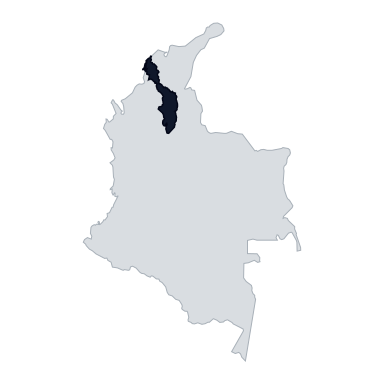 where Bolívar sits in Colombia
{"feature_id": "COL-1413", "entity_name": "Bolívar", "entity_type": "Department", "adm_level": 1, "iso_a3": "COL", "parent_name": "Colombia", "parent_adm1": "", "projection": "robinson", "projection_center": [-74.836, 8.903], "detail": "fine", "context": "in_parent", "style": "filled", "palette": "ink", "viewbox_px": 384, "rotation_deg": 0, "n_neighbors": 0, "source": "natural_earth", "source_scale": "10m", "svg_char_len": 8910}
<svg xmlns="http://www.w3.org/2000/svg" viewBox="0 0 384 384"><path d="M220.8,34.6L217.0,36.4L209.5,38.6L204.3,48.1L200.8,49.8L196.5,55.4L193.3,62.4L190.9,76.6L184.5,88.7L185.0,89.2L187.5,88.7L189.9,87.4L190.8,87.8L191.7,89.9L194.6,90.4L197.0,100.2L201.4,105.2L201.9,107.1L202.5,111.1L200.9,113.6L200.5,122.5L201.8,124.8L205.2,125.7L207.4,131.2L208.8,132.5L210.8,133.4L215.7,132.5L224.5,133.4L226.5,133.3L231.4,131.3L237.7,133.7L242.3,134.1L254.9,150.9L256.2,150.4L257.7,151.4L260.9,149.7L263.7,149.4L267.2,150.3L272.0,150.3L281.5,148.5L282.9,147.6L288.1,148.5L289.7,149.8L290.4,152.9L289.8,154.9L288.0,156.8L287.0,159.3L286.8,162.4L285.9,164.6L284.2,166.1L283.6,168.2L284.0,171.0L283.1,183.7L283.8,184.8L284.4,190.0L286.6,196.7L287.6,198.7L289.5,200.3L292.9,205.8L292.1,207.7L283.5,216.4L283.1,218.4L284.8,217.6L287.4,218.4L288.3,220.5L294.7,226.6L294.6,229.0L296.5,233.5L296.1,234.5L300.6,247.5L300.7,250.3L297.1,251.1L296.9,242.3L296.4,240.5L292.2,232.8L291.3,232.2L288.5,233.1L283.9,238.8L281.7,239.6L280.0,238.8L278.3,235.4L277.1,234.8L276.0,237.7L277.4,240.2L257.0,240.2L253.0,239.1L247.5,240.4L247.5,253.6L257.1,253.8L259.8,257.6L259.6,260.6L260.0,261.7L257.7,262.4L254.3,260.3L248.3,262.8L243.9,263.4L243.6,277.9L246.2,281.5L251.4,285.4L252.1,288.0L251.8,290.5L253.0,293.7L254.7,295.3L254.7,297.2L255.6,299.3L245.4,361.0L241.8,357.2L240.5,353.8L238.7,352.4L235.3,353.5L231.6,351.7L243.5,330.8L243.1,329.0L233.2,323.9L232.2,322.6L227.5,319.8L224.9,320.6L223.4,322.0L219.8,322.4L216.9,320.2L213.4,318.7L209.3,322.3L208.0,322.2L205.1,323.7L201.9,324.3L197.8,322.8L194.5,323.9L192.2,323.6L191.3,322.5L188.3,321.3L188.0,319.9L188.8,317.3L187.6,312.2L187.1,311.3L184.9,311.2L182.2,309.4L181.7,308.3L182.3,306.2L181.8,304.5L179.2,300.4L175.7,299.3L172.2,295.9L168.8,294.8L167.2,292.3L165.7,286.9L162.2,282.6L159.7,281.1L158.9,279.1L156.3,278.9L152.8,276.1L151.3,275.9L150.2,277.2L147.0,275.9L144.3,273.8L141.4,273.3L139.6,272.0L136.2,268.1L132.6,266.2L130.5,266.9L129.7,269.8L128.5,270.3L124.3,269.6L123.7,270.2L122.5,270.1L117.5,267.9L112.4,267.1L111.1,262.2L107.9,260.4L106.9,258.1L104.6,258.4L96.0,253.9L92.4,250.8L89.4,249.1L86.2,245.6L85.7,244.2L83.3,242.2L84.5,239.6L87.4,237.6L91.3,239.1L91.8,236.1L90.4,233.4L91.0,227.3L92.1,225.9L94.2,224.7L95.5,225.2L96.3,224.2L99.5,224.6L100.4,224.2L102.8,221.8L103.9,219.8L105.0,220.0L107.5,216.7L107.1,213.5L109.5,212.7L112.1,207.3L113.1,207.2L113.7,204.6L118.2,195.7L116.6,196.8L114.8,196.2L115.1,193.2L114.6,192.8L113.1,195.1L111.9,192.8L112.2,189.0L110.2,189.7L110.3,188.8L113.2,185.9L114.4,179.4L113.5,177.0L112.9,167.1L112.4,165.3L110.0,162.8L113.8,160.0L115.1,157.9L113.4,153.5L111.2,149.9L111.1,147.7L112.5,147.9L113.0,141.8L111.7,139.4L110.2,139.4L105.2,130.4L103.5,128.5L104.8,124.2L106.3,122.3L106.0,119.0L107.0,119.2L109.1,122.2L110.0,121.7L113.3,118.9L113.4,116.2L116.1,113.5L112.4,104.2L111.1,102.8L112.6,99.8L113.5,100.0L115.0,102.9L117.3,104.8L120.8,109.9L122.3,111.1L121.2,112.2L121.0,113.4L121.5,114.1L123.4,114.3L124.2,112.9L123.7,106.6L122.9,103.5L121.1,101.3L121.6,100.3L125.2,98.8L132.5,92.8L135.1,87.2L137.0,85.2L139.2,83.9L141.8,84.2L143.9,83.5L144.6,81.7L143.2,77.8L144.8,72.5L144.7,69.8L145.7,68.2L145.4,67.6L142.7,69.4L145.5,65.7L147.4,60.0L158.1,49.9L165.0,52.3L167.3,52.1L164.4,53.4L163.9,54.9L164.9,56.4L166.0,56.8L166.9,55.9L169.2,49.9L169.6,46.7L170.6,45.6L172.1,45.2L178.9,46.6L185.3,46.1L195.9,37.6L203.8,34.0L205.7,30.6L206.3,28.0L207.7,27.0L209.2,27.0L210.1,25.5L213.7,23.3L217.7,23.0L221.8,25.0L223.7,28.5L224.0,30.9L220.8,34.6ZM99.6,223.6L99.1,224.0L98.2,223.2L97.9,222.2L98.4,221.4L99.2,221.7L99.6,223.6Z" fill="#d9dde1" stroke="#a8b0b8" stroke-width="1"/><path d="M145.0,70.5L144.8,70.2L144.8,69.8L145.0,69.5L145.2,69.4L145.5,68.9L145.7,68.5L145.7,68.3L145.8,67.7L145.3,67.8L144.6,68.4L143.8,69.2L143.1,69.7L142.8,69.6L143.0,68.9L143.8,68.4L144.1,68.0L144.2,67.8L144.3,67.5L144.4,67.3L144.3,67.1L144.4,66.9L144.8,66.9L144.7,66.7L144.7,66.4L144.8,66.2L144.9,66.6L145.3,66.5L145.9,66.1L146.1,65.9L146.1,65.4L146.0,64.9L146.0,64.4L145.9,64.4L145.7,64.5L145.6,64.4L145.5,63.8L145.4,63.8L145.3,64.2L145.2,64.2L145.0,64.3L145.2,63.6L145.4,63.5L145.6,63.3L145.7,63.2L146.2,62.6L146.4,62.5L146.3,62.8L146.1,63.2L146.0,63.6L146.3,63.7L146.5,63.5L146.6,63.1L146.7,62.6L146.6,62.2L146.2,62.0L146.2,61.9L146.4,61.6L146.3,61.2L146.1,60.9L146.1,60.7L146.4,60.4L146.6,60.4L146.9,60.3L147.1,60.1L147.2,59.9L147.1,59.7L147.5,59.3L147.8,59.3L147.8,59.1L148.0,58.9L148.1,58.7L148.7,58.3L149.9,58.0L150.0,57.8L150.2,57.5L150.3,57.3L150.6,57.4L150.8,57.5L150.7,57.7L150.8,57.9L150.8,58.0L150.6,58.3L150.6,58.5L151.2,59.2L151.2,59.5L151.3,59.6L151.3,60.0L151.2,60.2L151.1,60.3L150.8,60.5L150.8,60.8L150.6,61.6L150.6,61.9L150.8,62.2L150.8,62.3L151.0,62.4L151.7,62.5L152.2,62.6L152.3,62.7L152.3,62.8L152.2,63.1L152.4,63.3L153.0,64.2L154.0,63.9L154.8,64.8L155.2,65.0L155.6,65.4L156.8,66.9L156.7,67.2L156.6,67.9L156.3,68.6L156.3,69.0L156.3,69.6L156.5,69.8L156.8,69.9L157.2,70.2L157.3,70.3L157.8,70.4L157.9,70.5L158.2,70.8L158.4,71.4L158.5,71.5L158.8,71.7L158.8,71.8L158.8,72.4L158.7,72.6L158.4,72.8L157.8,73.2L157.6,73.4L157.5,73.6L157.5,74.1L157.5,75.0L157.6,75.4L157.7,75.8L157.9,76.1L158.5,76.7L158.6,77.0L158.5,77.5L158.4,77.9L158.3,78.3L158.4,78.7L158.5,79.0L159.0,79.5L159.2,79.8L159.3,80.1L159.1,80.9L158.8,82.8L158.9,83.5L159.4,83.4L159.9,84.1L160.1,84.0L160.4,83.9L160.6,83.9L160.8,84.1L161.0,84.5L161.4,84.7L161.5,84.7L161.8,84.9L161.9,85.0L162.0,85.2L162.0,85.4L162.1,85.6L162.2,85.8L162.9,86.4L163.2,86.7L163.4,87.4L163.5,87.6L163.8,87.8L164.0,87.7L164.3,87.3L164.6,87.2L164.9,87.1L165.5,87.2L165.6,87.3L165.7,87.8L165.8,88.0L166.0,88.1L166.3,88.0L166.5,87.9L166.8,87.9L167.3,88.1L167.6,88.3L167.7,88.5L167.8,89.1L168.6,89.3L168.9,89.5L169.4,90.3L169.6,90.7L170.4,91.2L170.6,91.4L170.4,91.6L170.9,91.9L171.5,92.0L172.1,92.0L172.4,91.5L172.6,91.7L172.8,91.9L173.0,92.2L172.9,92.5L173.4,92.8L174.9,92.9L175.4,93.2L175.2,93.8L175.3,94.4L175.5,94.9L175.8,95.3L176.4,96.0L176.6,96.3L176.7,96.9L176.6,97.4L176.2,98.1L176.2,98.5L176.2,99.8L176.3,100.3L176.4,100.5L176.7,100.9L176.8,101.1L176.8,101.8L176.9,102.3L177.3,103.1L177.4,103.6L177.5,105.0L177.5,105.3L177.3,105.6L177.4,105.8L177.5,106.0L177.5,106.4L177.3,106.6L177.3,106.8L177.3,107.4L177.2,107.6L177.1,108.0L176.8,108.5L176.9,108.9L177.0,109.4L177.0,109.6L176.8,109.9L176.6,109.9L176.4,110.1L176.2,110.5L175.7,110.8L175.8,110.8L175.6,111.4L175.4,112.0L175.4,112.4L175.4,112.8L175.8,113.9L175.7,114.1L176.0,115.3L176.1,115.5L176.4,116.9L176.5,117.4L176.3,118.5L176.2,118.8L176.1,119.1L176.3,119.5L176.2,120.1L176.2,120.8L176.1,121.1L175.9,121.2L175.8,121.4L174.8,122.8L174.7,123.1L174.7,123.9L174.8,124.1L174.9,124.4L175.0,124.6L174.9,124.8L174.7,125.4L174.5,126.2L174.4,127.1L168.7,133.3L168.3,133.2L167.8,133.2L167.5,133.2L167.0,133.0L166.9,132.7L166.7,131.8L166.5,131.2L166.4,130.6L166.1,129.8L165.9,129.1L165.9,128.6L166.1,127.9L166.1,127.1L166.0,126.6L166.1,126.2L166.2,125.9L166.8,125.2L166.9,124.9L167.0,124.4L166.7,123.3L166.0,123.9L165.7,124.3L165.4,125.1L165.2,125.4L164.8,125.8L164.4,125.9L164.1,125.8L163.7,125.4L163.1,124.6L162.8,123.7L162.7,123.2L162.7,122.5L162.9,120.9L163.2,120.4L163.5,120.0L163.9,119.8L164.3,119.4L164.5,118.8L164.6,118.5L164.5,118.2L164.1,117.9L163.8,117.5L163.7,116.9L163.5,114.9L163.3,114.3L163.1,114.1L162.8,113.6L162.5,112.9L158.3,109.1L158.4,108.8L158.4,108.5L158.5,108.3L158.9,107.8L158.9,107.7L158.8,107.2L159.2,107.1L159.8,106.7L160.0,106.6L160.6,106.6L161.0,106.6L161.4,106.5L161.8,106.2L162.1,105.8L162.3,105.3L162.3,104.8L162.4,104.7L162.5,104.7L162.9,104.8L163.0,104.5L163.3,103.8L163.3,103.5L163.3,103.2L163.1,102.5L163.1,101.9L163.1,101.4L162.9,101.1L162.7,100.5L162.4,98.2L162.6,97.7L163.0,97.3L163.3,96.8L163.5,96.5L163.5,96.4L163.4,96.2L163.1,95.9L162.2,94.4L161.4,93.3L159.7,91.8L159.2,91.6L158.4,91.1L157.8,89.6L157.4,89.3L157.3,89.2L157.1,89.0L157.0,88.9L157.0,88.6L157.0,88.3L156.8,87.4L156.5,86.9L156.5,86.5L156.4,86.2L156.5,85.8L156.4,85.6L156.4,85.4L156.8,84.5L157.1,83.9L156.9,83.7L156.5,83.4L156.4,83.1L156.2,83.1L155.6,83.3L155.2,83.3L155.0,83.1L154.8,83.0L154.8,82.8L155.2,81.9L154.6,81.7L154.1,81.7L153.9,81.5L153.1,80.8L152.8,80.2L152.1,79.6L151.8,79.5L151.6,79.4L151.4,79.5L151.1,79.5L150.6,79.0L150.3,78.9L150.0,78.9L149.8,79.0L149.3,79.5L149.0,79.3L148.6,79.6L148.8,78.7L149.0,77.8L149.1,77.5L149.3,76.8L149.3,76.5L149.2,76.0L149.4,75.4L149.5,75.1L149.5,74.8L149.1,74.7L148.9,74.9L148.6,74.8L147.2,74.3L146.8,74.1L146.7,73.8L146.7,73.7L147.0,73.3L147.1,73.1L147.0,72.9L146.9,72.5L146.9,72.3L146.8,71.5L146.5,71.6L146.2,71.7L145.8,71.6L145.8,71.4L145.8,71.1L146.7,69.4L145.0,70.5ZM151.2,56.9L151.0,57.0L150.9,57.2L150.5,57.0L150.4,56.6L150.6,56.2L151.2,56.0L151.2,55.9L151.3,56.1L151.4,56.5L151.2,56.9ZM144.9,64.9L145.1,64.7L145.2,64.8L145.4,64.9L145.7,65.0L145.8,65.2L145.6,65.5L145.2,65.4L145.1,65.5L144.9,65.9L144.7,65.6L144.7,65.3L144.8,65.0L144.9,64.9Z" fill="#0f172a" stroke="#020617" stroke-width="1.5"/></svg>